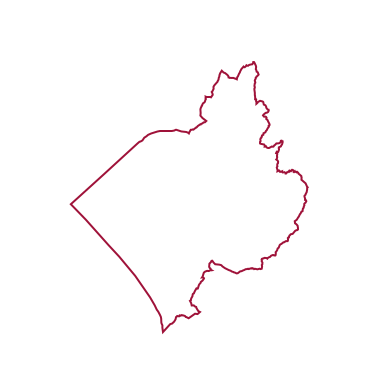 Lambayeque, Lambayeque, Peru (Natural Earth projection), rotated 17°
{"feature_id": "86281439B97940066257739", "entity_name": "Lambayeque", "entity_type": "district", "adm_level": 2, "iso_a3": "PER", "parent_name": "Peru", "parent_adm1": "Lambayeque", "projection": "natural_earth1", "projection_center": [-79.825, -6.15], "detail": "fine", "context": "isolated", "style": "outline", "palette": "rose", "viewbox_px": 384, "rotation_deg": 17, "n_neighbors": 0, "source": "geoboundaries", "source_scale": "gbopen_adm2", "svg_char_len": 6048}
<svg xmlns="http://www.w3.org/2000/svg" viewBox="0 0 384 384"><g transform="rotate(17 192 192)"><path d="M234.7,304.4L232.8,304.0L230.2,301.7L229.6,300.7L228.2,300.6L226.8,299.9L224.9,300.6L223.7,298.5L221.9,296.7L222.6,296.0L222.4,295.3L222.4,293.8L222.9,291.7L222.6,289.6L222.8,289.0L223.4,288.5L223.7,286.0L224.4,282.9L224.5,282.8L225.1,283.0L225.8,282.6L225.8,279.0L226.1,277.8L226.8,276.4L226.7,275.5L228.0,273.6L228.7,271.4L228.7,271.0L228.0,270.6L227.0,270.5L226.6,270.7L226.9,269.7L226.9,265.7L227.7,264.4L229.2,263.2L229.8,262.9L230.8,262.8L231.4,262.5L232.5,261.3L233.3,261.3L233.7,261.1L232.5,260.8L232.2,259.9L231.2,259.5L230.3,258.6L229.6,255.4L230.6,253.5L230.7,252.4L231.3,251.8L231.8,252.0L233.1,253.1L235.3,254.3L239.3,253.5L241.0,253.4L241.6,253.5L242.7,254.2L245.8,255.2L250.0,255.9L252.1,256.0L253.2,256.4L255.0,256.4L255.5,256.6L256.5,256.5L258.4,256.8L259.5,256.3L261.3,253.8L262.6,253.2L263.6,252.2L264.8,251.3L265.8,250.2L267.4,249.5L268.0,249.0L268.4,249.2L268.9,249.1L270.2,248.0L270.9,248.0L271.2,247.5L271.9,247.2L272.6,247.5L273.3,247.2L273.9,247.6L274.8,247.0L277.2,246.8L279.1,245.6L280.0,245.7L281.1,245.0L280.8,242.7L280.1,241.4L280.4,240.7L280.0,238.9L278.8,237.7L278.8,236.9L278.3,236.2L278.4,235.5L279.3,234.8L279.9,234.6L280.2,234.1L280.8,233.7L282.6,233.4L283.5,233.7L283.7,233.0L284.8,231.8L285.6,231.3L286.2,229.9L287.6,228.7L288.6,228.4L289.1,228.7L290.3,228.3L290.4,227.9L290.2,226.6L289.6,225.1L290.0,224.3L290.5,222.3L290.4,221.0L291.2,219.9L291.4,217.1L291.9,216.2L292.7,215.5L294.1,213.4L294.6,213.3L296.2,211.5L297.8,211.0L297.9,209.8L297.1,208.0L297.3,207.5L298.0,207.1L297.8,206.2L298.0,205.0L298.3,204.7L298.7,203.6L300.5,202.6L302.0,199.0L303.0,198.0L303.7,197.7L304.3,196.9L303.9,195.5L302.8,193.3L301.2,192.3L299.7,191.8L298.8,189.9L300.3,187.9L301.0,185.0L301.3,184.5L301.7,181.6L302.1,180.9L302.4,178.8L303.3,178.1L302.9,175.4L303.3,174.7L303.3,173.7L303.1,173.1L303.4,172.0L302.8,170.7L303.1,169.8L303.7,169.0L304.0,167.3L303.1,166.4L302.4,166.5L302.2,165.5L300.8,163.3L300.7,162.7L301.4,161.3L301.3,160.3L301.7,158.9L301.4,156.0L300.9,154.3L301.2,153.7L300.7,153.5L298.1,150.5L293.1,148.3L292.5,145.8L292.1,145.5L291.8,144.7L288.3,143.2L288.0,142.6L286.6,142.0L286.2,142.6L285.5,142.3L284.6,142.6L284.3,142.2L283.7,143.2L283.1,143.0L283.0,142.6L283.1,142.3L282.6,141.6L281.2,141.5L280.4,142.7L280.5,143.2L279.5,143.6L279.4,143.2L279.0,143.1L278.9,144.2L278.3,144.1L277.8,145.1L277.1,145.3L276.8,145.8L276.7,146.7L276.4,146.9L276.1,147.0L275.8,146.4L274.6,146.0L273.1,146.8L272.2,146.5L272.1,146.0L271.8,146.3L271.3,146.3L271.0,146.7L270.3,147.0L269.1,146.0L268.7,145.9L268.4,146.1L268.0,147.0L267.7,147.2L267.7,146.6L265.9,143.8L266.0,143.1L266.2,142.6L265.9,142.1L265.5,140.9L265.5,139.7L265.8,139.3L265.5,137.8L264.7,136.9L263.1,136.3L263.4,135.6L263.3,133.7L263.0,133.4L262.6,132.2L262.5,130.9L262.0,130.0L261.1,130.2L261.1,129.4L261.4,129.0L261.4,128.7L262.5,128.8L262.7,128.5L262.8,126.1L262.6,125.3L262.2,124.9L262.0,123.9L263.6,122.5L263.7,122.1L263.7,121.4L264.1,120.5L264.2,119.6L264.1,117.7L263.8,117.0L263.2,117.1L262.7,116.7L262.3,116.8L262.0,117.1L262.1,118.5L261.5,119.5L260.7,120.1L258.5,120.9L257.7,122.6L257.1,123.3L256.6,124.8L256.0,125.1L255.1,125.1L252.8,127.4L251.7,127.7L250.6,127.6L250.0,127.4L249.2,126.6L248.2,127.3L248.0,126.3L247.1,125.5L243.9,125.8L242.9,125.7L242.4,124.2L242.7,123.2L241.9,121.6L242.0,120.4L242.4,120.0L242.6,119.4L242.4,118.8L242.6,117.9L242.4,117.5L243.5,116.4L243.2,114.9L244.7,113.5L244.9,111.9L245.4,111.1L245.7,109.1L246.4,107.1L246.0,106.6L245.9,106.2L246.5,105.6L246.6,105.1L246.0,104.1L244.3,102.4L243.2,101.1L241.6,100.4L241.6,99.2L240.8,98.5L240.3,98.4L238.9,98.9L237.5,98.0L237.8,97.1L238.8,95.5L239.7,94.5L240.4,94.3L241.3,93.3L241.5,92.5L241.5,91.4L241.2,91.0L240.8,91.2L239.6,90.6L238.4,89.7L237.9,88.6L236.8,87.6L235.1,87.4L233.8,85.1L233.1,84.8L230.4,84.9L228.5,87.0L228.5,87.7L227.8,88.8L227.3,87.0L226.7,86.4L226.3,84.7L225.8,84.4L225.2,84.7L224.8,83.1L224.5,82.6L224.2,81.6L223.8,81.1L223.1,78.8L221.7,75.8L221.4,74.7L221.6,74.0L221.3,73.1L220.7,72.4L220.3,69.8L220.6,69.0L220.1,68.0L219.5,67.3L219.5,66.1L219.8,64.9L219.5,64.1L220.0,63.1L220.0,62.6L220.5,62.1L221.4,60.3L219.9,58.3L218.6,58.0L218.0,56.8L217.1,55.9L216.8,53.7L216.1,52.5L213.8,50.0L213.3,49.6L212.6,49.8L212.7,50.7L212.5,51.8L212.1,52.4L211.6,52.5L209.9,53.5L209.2,54.1L208.7,54.9L207.7,55.1L207.0,54.9L206.7,56.1L205.9,57.3L205.2,57.3L204.6,57.0L204.1,58.3L203.4,59.6L202.8,62.5L202.8,63.7L202.4,65.1L202.1,68.0L201.7,69.0L201.9,71.1L200.7,70.8L200.4,71.0L198.3,70.8L194.5,71.9L193.7,71.4L193.4,71.6L192.7,70.4L191.6,69.7L188.9,68.6L187.2,68.5L185.0,67.3L184.2,70.3L184.1,72.2L184.4,73.7L184.2,74.9L184.5,76.8L184.1,78.5L184.2,79.0L182.2,83.4L181.8,84.9L182.1,86.1L182.5,87.0L182.1,89.5L181.6,90.6L182.7,91.7L183.4,93.0L182.5,95.9L181.6,95.8L178.2,96.9L177.2,96.8L177.5,97.4L177.4,98.2L178.1,99.0L177.9,99.8L177.9,102.0L177.5,102.9L176.6,104.0L176.3,105.6L176.4,106.5L176.0,107.1L176.0,108.2L175.8,109.4L175.9,110.6L177.2,114.0L177.7,116.5L180.4,118.2L184.9,119.9L184.0,121.5L182.7,122.1L181.9,123.4L180.8,124.2L180.6,124.9L180.0,125.0L178.2,127.3L177.6,128.7L177.1,129.0L176.8,129.8L176.1,130.4L175.2,131.9L174.3,132.0L173.6,132.6L172.6,132.9L172.0,135.6L171.9,136.9L170.7,136.4L168.9,136.3L164.1,137.2L158.7,137.1L158.2,137.3L157.1,138.4L154.8,139.6L143.6,143.0L141.2,144.3L135.8,148.0L133.3,150.2L132.1,152.1L130.5,154.0L129.5,157.2L128.0,158.8L127.1,159.3L125.7,161.5L102.5,200.9L79.7,239.1L98.7,249.6L127.7,267.2L141.3,275.1L162.2,288.8L182.7,305.0L189.5,311.3L192.7,314.8L194.7,316.3L197.2,318.8L198.7,320.5L199.6,322.2L200.8,325.7L201.3,326.6L202.7,328.2L203.3,330.3L205.2,334.4L209.8,324.7L211.6,323.5L212.1,322.4L212.8,321.3L213.5,318.6L213.3,316.3L213.7,315.9L214.1,314.9L216.0,314.7L216.3,314.3L216.3,313.8L216.8,313.9L217.1,313.7L217.1,313.4L217.8,313.2L218.2,312.7L219.0,312.8L219.3,312.6L221.1,312.6L221.7,312.7L222.5,313.3L222.8,313.2L225.7,313.7L230.5,307.5L233.0,307.1L234.7,304.4Z" fill="none" stroke="#9f1239" stroke-width="2"/></g></svg>